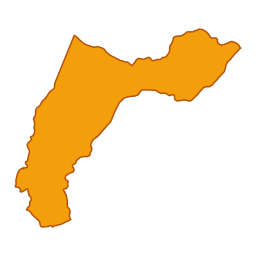 Gadette, Dennery, Saint Lucia (Albers equal-area conic projection)
{"feature_id": "8701671B91623550198243", "entity_name": "Gadette", "entity_type": "district", "adm_level": 2, "iso_a3": "LCA", "parent_name": "Saint Lucia", "parent_adm1": "Dennery", "projection": "albers", "projection_center": [-60.911, 13.957], "detail": "fine", "context": "isolated", "style": "filled", "palette": "amber", "viewbox_px": 256, "rotation_deg": 0, "n_neighbors": 0, "source": "geoboundaries", "source_scale": "gbopen_adm2", "svg_char_len": 5543}
<svg xmlns="http://www.w3.org/2000/svg" viewBox="0 0 256 256"><path d="M21.3,168.7L20.2,169.6L19.1,170.5L18.1,172.4L17.3,174.5L16.7,176.8L16.3,178.2L16.0,180.2L15.9,181.6L16.1,183.5L16.0,184.8L15.4,185.5L15.4,186.2L15.6,186.8L16.2,187.2L17.2,187.0L17.6,187.0L18.0,187.1L20.7,189.4L20.8,189.8L20.8,190.1L20.1,190.9L20.1,191.1L20.3,191.5L20.7,191.9L21.5,192.0L22.7,191.5L23.5,191.1L23.7,190.9L24.2,190.7L24.7,190.3L25.1,190.0L25.7,189.6L26.1,189.4L26.3,189.3L26.9,189.1L27.4,189.1L27.8,189.4L27.9,189.6L27.9,190.1L28.2,192.0L28.3,192.4L28.5,192.7L28.6,193.5L28.7,194.3L28.9,194.9L29.8,196.3L30.5,197.3L30.8,197.6L31.0,197.9L31.2,198.4L31.3,198.7L31.3,199.4L31.2,199.7L31.2,199.8L30.7,200.5L30.3,201.1L30.2,201.4L29.8,202.2L29.6,202.5L29.6,202.8L29.6,203.1L29.8,203.7L29.8,204.2L29.7,204.5L29.3,205.9L29.1,206.2L28.6,206.9L28.5,207.0L28.2,207.3L27.6,207.8L27.1,208.8L26.8,209.2L26.6,209.9L27.0,210.0L27.6,210.2L27.9,210.4L28.2,210.4L28.5,210.5L28.9,210.8L29.1,210.9L29.7,211.4L30.9,212.7L31.2,213.2L31.5,213.6L31.9,214.2L32.3,214.7L33.4,215.8L33.9,216.3L34.4,216.7L35.4,217.6L36.9,218.9L37.5,219.6L38.5,220.5L38.9,221.0L39.2,221.2L39.5,221.8L39.8,222.7L40.0,223.9L40.3,225.2L40.5,225.7L40.7,226.0L41.0,226.3L41.2,226.6L41.7,226.7L42.4,226.9L43.2,226.9L44.1,226.8L44.6,226.7L47.1,226.6L48.2,226.6L48.4,226.4L49.1,226.0L49.4,225.9L50.1,225.7L50.6,225.7L50.9,225.8L51.5,226.0L51.8,226.2L52.6,226.7L52.7,226.9L52.9,226.7L53.3,226.3L53.9,226.0L54.4,225.8L54.9,225.7L55.6,225.6L57.4,225.2L59.4,224.7L61.4,224.1L62.5,223.6L64.0,222.9L65.8,222.0L67.7,221.1L68.5,220.8L70.7,219.5L70.5,219.3L70.3,219.1L70.1,218.2L69.5,216.7L69.4,216.3L69.4,215.8L69.4,215.3L69.6,214.7L69.8,213.6L69.9,212.7L70.0,211.9L70.0,211.1L69.8,210.0L69.7,209.7L68.9,208.4L67.9,207.3L67.6,207.0L67.3,206.5L67.3,206.1L67.3,204.5L67.3,203.5L67.3,202.8L67.4,201.9L67.3,200.7L67.1,199.7L66.9,198.8L66.7,197.7L66.3,195.8L66.0,194.6L65.9,194.4L65.1,193.7L64.8,193.4L64.7,193.2L64.9,192.4L64.9,191.9L64.4,191.6L64.0,191.3L63.8,191.1L63.6,190.7L63.5,190.1L63.6,189.8L63.7,189.4L64.0,189.1L64.3,188.9L65.4,188.8L65.7,188.8L66.0,188.7L66.5,188.3L66.8,188.0L67.7,186.4L67.9,185.8L67.6,184.0L67.6,183.5L68.0,182.4L68.0,181.1L67.7,180.7L67.4,180.5L66.4,180.1L65.4,179.1L65.2,177.9L65.8,175.7L66.7,175.1L67.5,174.5L68.1,174.1L69.4,173.3L71.2,172.6L73.0,172.1L73.5,171.3L74.1,170.1L73.6,168.5L73.3,167.9L72.8,167.1L72.4,165.8L72.9,164.9L73.4,164.5L74.3,164.0L75.4,163.4L75.7,163.2L75.8,161.8L75.9,161.6L77.2,159.9L79.9,157.5L82.8,156.6L83.5,156.6L87.6,156.6L88.9,155.9L89.8,155.4L90.0,154.0L90.6,152.3L91.1,151.3L91.7,149.9L91.7,147.7L91.1,146.4L90.8,145.1L90.9,144.2L91.7,142.4L92.3,141.1L92.8,140.4L93.5,139.4L93.9,139.0L94.9,138.4L96.8,136.9L97.3,136.7L99.4,134.5L106.0,126.9L107.5,125.2L110.7,121.6L112.1,118.3L113.9,113.8L114.4,112.5L119.3,102.7L124.3,97.9L128.5,96.8L132.3,96.2L134.6,96.1L138.1,94.8L140.9,90.9L141.8,90.1L145.0,89.8L150.0,90.0L155.6,90.4L157.6,91.4L159.0,92.6L161.1,93.3L163.6,93.2L165.4,93.3L166.2,93.6L168.7,95.4L169.8,95.6L172.7,94.6L174.2,95.2L174.4,96.0L174.4,95.8L174.5,96.9L174.4,98.0L175.1,99.7L176.4,100.7L179.1,100.9L181.0,100.4L182.1,100.2L184.2,99.8L189.7,101.1L190.0,101.0L191.8,100.1L195.6,96.3L197.7,94.4L199.2,92.4L200.2,91.3L202.5,88.8L203.7,87.5L206.4,86.7L209.5,86.7L212.3,84.9L213.8,83.2L214.7,82.1L216.8,80.0L218.5,77.9L218.9,77.4L221.5,74.6L222.2,73.8L224.3,71.7L224.8,70.2L225.2,68.9L225.5,67.9L225.8,65.6L227.5,61.9L228.3,61.3L229.7,60.0L230.5,59.3L230.7,59.0L233.3,55.7L234.4,54.2L234.9,53.6L235.9,52.7L237.0,51.7L239.4,49.1L240.3,48.3L240.6,48.1L239.6,46.8L239.2,45.7L237.4,43.7L234.8,42.4L231.9,41.4L230.1,41.8L228.4,42.7L226.4,43.6L224.1,44.5L221.5,45.1L220.1,44.7L218.2,43.2L217.4,41.5L217.5,39.5L216.7,38.7L216.2,38.1L215.3,37.9L212.2,38.2L209.9,36.9L209.6,35.9L208.1,33.5L206.7,32.2L205.4,31.2L203.5,30.2L202.6,29.6L199.0,29.1L196.6,30.4L195.5,30.7L194.1,31.0L193.2,31.8L187.1,31.9L185.3,33.4L182.6,35.2L181.5,35.7L179.7,36.0L178.1,36.1L177.3,36.1L174.6,36.8L173.7,37.5L173.5,37.9L172.9,40.4L172.4,41.7L171.7,43.4L171.0,44.4L169.9,46.1L169.4,52.2L168.8,52.9L167.7,54.5L166.6,56.1L165.7,57.1L163.7,57.4L162.7,57.4L161.5,58.5L160.7,59.3L159.6,59.6L158.8,59.4L157.9,59.5L157.3,59.5L156.6,59.6L154.9,60.2L153.3,60.8L152.3,60.3L151.4,60.0L151.2,59.8L150.6,58.3L149.2,57.3L146.8,57.9L144.1,59.2L142.0,59.1L138.6,58.4L137.8,58.8L136.8,59.5L136.1,60.0L135.5,61.6L133.9,63.2L133.3,64.3L133.1,64.6L132.5,65.5L131.0,64.8L130.4,64.6L129.1,63.2L128.7,62.8L127.7,62.2L126.8,62.1L126.3,62.0L125.2,62.0L123.5,61.3L120.4,60.5L113.9,57.2L110.1,55.3L108.3,53.7L106.5,52.3L104.6,49.8L103.6,48.6L97.6,46.6L93.7,47.3L89.2,45.8L87.7,45.3L83.8,43.6L81.4,41.4L78.9,39.3L76.9,37.0L74.6,35.6L74.2,35.5L73.5,37.2L68.9,48.6L66.6,54.2L64.3,59.9L54.9,83.1L54.7,83.7L54.5,86.5L54.5,87.4L53.9,88.6L52.6,89.6L50.9,90.8L49.6,92.2L48.7,93.3L47.3,95.7L45.6,97.9L44.5,99.2L43.0,100.5L42.1,101.5L40.0,105.4L38.3,106.7L36.8,108.1L36.1,109.1L35.7,110.9L35.6,112.1L35.5,113.7L35.5,114.1L35.4,115.1L35.0,116.6L34.0,117.1L33.8,118.0L33.5,118.9L33.7,119.7L34.3,121.1L34.5,122.2L34.6,124.4L34.1,127.5L34.0,128.1L34.5,129.3L34.5,130.1L34.7,131.1L34.5,132.2L34.2,133.6L33.9,134.1L32.8,135.6L32.8,135.9L32.0,136.2L30.5,137.0L30.8,137.9L31.5,139.7L28.9,142.2L27.8,143.3L27.2,144.5L27.4,146.6L29.3,150.1L29.5,152.4L29.2,153.2L28.5,155.6L28.3,156.5L27.7,159.6L27.7,160.3L27.5,160.6L27.2,161.0L25.7,161.8L25.5,163.0L25.5,163.3L26.0,164.1L27.1,165.0L27.2,165.5L27.3,167.1L26.5,167.5L25.5,167.9L23.0,167.9L23.0,168.1L22.9,168.0L21.3,168.7Z" fill="#f59e0b" stroke="#b45309" stroke-width="1.5"/></svg>